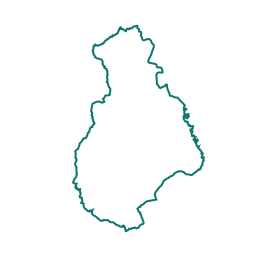 El Tarra, Norte de Santander, Colombia (orthographic projection), rotated 346°
{"feature_id": "7082276B68903742800707", "entity_name": "El Tarra", "entity_type": "district", "adm_level": 2, "iso_a3": "COL", "parent_name": "Colombia", "parent_adm1": "Norte de Santander", "projection": "orthographic", "projection_center": [-72.995, 8.694], "detail": "fine", "context": "isolated", "style": "outline", "palette": "teal", "viewbox_px": 256, "rotation_deg": 346, "n_neighbors": 0, "source": "geoboundaries", "source_scale": "gbopen_adm2", "svg_char_len": 5847}
<svg xmlns="http://www.w3.org/2000/svg" viewBox="0 0 256 256"><g transform="rotate(346 128 128)"><path d="M138.2,204.3L137.7,199.5L139.1,197.0L144.6,192.7L146.4,191.9L148.9,189.4L149.3,188.5L150.1,187.8L151.7,187.3L152.5,186.8L155.0,186.3L157.3,185.2L160.2,184.9L162.1,183.3L162.9,182.9L167.1,182.3L169.4,183.0L171.0,183.9L171.4,184.6L171.9,184.8L172.4,186.0L173.3,187.0L176.0,187.8L176.5,188.3L178.4,189.2L180.6,188.0L185.1,186.3L186.4,185.3L186.8,185.6L187.7,185.7L188.4,184.7L188.9,184.6L189.2,183.7L190.2,182.6L191.2,182.0L191.3,181.0L192.0,179.9L192.1,179.0L192.6,178.4L193.4,178.3L193.7,177.5L193.6,176.6L194.5,174.9L194.4,174.8L193.8,175.0L193.5,174.5L193.1,174.9L192.6,174.9L192.3,174.2L193.0,173.5L193.2,172.9L194.4,170.8L194.1,170.6L193.4,170.9L193.0,170.7L193.6,169.4L193.4,168.1L192.5,166.9L192.5,165.7L191.3,164.5L191.4,163.9L192.2,163.0L191.1,163.2L190.3,161.6L190.4,160.3L190.1,159.4L190.7,158.7L189.7,158.1L189.8,157.8L191.0,157.3L192.6,157.2L192.7,156.6L192.5,156.0L191.6,156.3L190.3,155.3L189.3,155.9L188.9,155.7L188.8,154.9L190.2,154.8L190.6,154.0L191.4,153.5L191.4,153.2L190.3,152.9L190.3,151.6L190.0,151.0L188.5,151.5L188.2,151.3L188.4,148.5L189.6,147.4L189.9,146.8L189.6,146.5L188.6,147.0L188.2,146.9L188.0,144.8L188.1,144.6L190.2,144.5L190.8,143.9L191.0,142.8L191.6,142.0L191.0,141.7L190.1,141.9L189.3,141.6L188.7,140.2L187.8,140.7L187.0,137.9L187.5,136.6L186.4,135.8L185.3,135.7L184.2,132.8L184.5,130.7L185.1,130.0L186.0,130.4L186.4,132.0L187.8,132.9L189.8,131.5L189.2,130.8L189.7,130.4L190.0,129.4L189.6,128.9L189.1,128.8L188.7,129.1L189.0,129.9L188.5,130.4L186.0,129.5L185.8,129.1L186.6,128.1L186.6,127.5L186.2,126.8L186.9,125.2L186.4,124.1L186.6,123.9L188.8,124.2L189.3,123.8L189.0,123.3L187.7,123.1L187.0,122.5L187.1,121.7L188.6,120.0L188.5,119.5L184.3,112.2L183.6,110.6L181.0,109.7L179.1,108.1L176.4,106.6L176.5,104.8L175.8,99.9L175.8,98.0L176.2,95.6L176.1,95.2L175.7,95.0L174.9,95.1L173.7,96.4L171.4,96.5L169.2,97.1L168.3,96.4L167.4,93.6L166.7,92.5L168.0,85.8L168.1,84.3L168.5,83.2L169.3,82.1L170.5,81.5L171.3,81.5L173.9,82.4L175.0,82.4L175.2,80.9L175.1,78.7L174.7,77.6L174.1,77.1L170.9,76.2L170.8,73.4L170.2,72.6L164.4,69.8L163.8,69.2L163.6,68.5L165.0,66.1L168.6,62.1L169.0,61.0L172.5,55.9L173.1,53.6L171.7,51.4L171.5,49.0L170.6,47.3L169.7,46.7L168.4,46.4L164.8,46.8L164.1,46.5L163.6,46.0L163.3,45.2L163.3,42.9L162.9,41.4L163.1,40.6L163.7,40.0L164.0,38.7L163.6,37.8L162.0,37.0L162.1,36.3L162.7,35.2L162.6,34.7L161.3,33.5L161.8,31.5L161.7,31.1L160.7,30.9L160.0,31.3L158.9,30.8L157.2,31.3L155.8,32.2L154.2,31.7L153.5,32.3L152.8,32.5L152.0,32.1L151.9,31.6L151.3,31.5L150.3,31.9L149.5,33.5L148.3,32.6L146.9,30.6L145.9,30.6L145.3,30.2L145.2,29.4L145.5,28.8L145.0,28.5L144.5,28.8L143.4,29.9L143.2,30.7L141.9,31.9L141.3,33.0L140.3,33.8L139.1,33.9L137.7,34.7L137.1,34.7L136.5,35.0L135.5,34.3L134.3,35.8L133.4,35.3L132.3,35.4L131.7,36.3L130.7,36.5L129.6,37.0L128.9,37.0L128.6,37.4L128.0,37.4L126.2,38.4L125.7,39.2L124.8,39.5L124.3,40.1L123.0,40.0L122.3,40.5L119.5,40.6L118.8,40.9L117.6,40.3L116.5,39.2L116.0,40.1L114.9,39.8L114.2,40.7L113.9,41.5L114.0,42.0L113.3,43.1L113.3,43.7L112.6,44.2L112.7,44.7L112.4,44.9L112.6,45.7L112.4,46.3L112.6,46.6L112.4,47.9L112.9,48.7L112.8,49.3L113.2,50.2L113.1,51.2L113.9,51.8L114.4,52.8L116.9,53.9L117.5,54.6L118.5,54.8L118.8,55.1L119.4,56.8L119.3,58.9L118.8,59.5L118.9,60.9L120.4,62.9L119.8,63.2L119.5,63.6L120.6,65.0L121.5,65.7L121.4,67.3L121.8,67.8L121.3,69.1L121.3,71.3L121.1,71.6L120.4,71.9L120.2,73.3L119.8,74.1L120.0,75.3L119.7,76.8L118.5,78.2L119.2,79.1L119.1,81.4L119.4,83.3L120.3,85.8L119.5,88.5L118.5,90.1L118.5,91.2L117.9,91.6L116.0,91.5L114.3,91.0L113.8,91.2L112.0,93.2L110.9,93.5L111.0,95.1L111.4,96.8L110.8,97.1L108.4,97.0L106.9,95.5L104.9,95.0L102.9,95.0L101.5,95.5L99.8,95.7L99.4,96.0L97.3,100.2L96.9,101.8L96.3,102.3L96.5,103.7L96.9,104.4L96.8,105.5L96.0,106.2L96.2,106.7L95.9,107.2L96.3,107.7L96.2,108.1L96.4,108.6L96.2,109.2L95.7,109.5L96.0,110.0L96.2,111.0L95.9,111.5L96.0,112.1L95.8,112.7L96.5,114.0L96.2,114.5L96.6,115.6L95.4,116.0L94.5,117.1L93.9,117.4L93.6,118.4L92.3,118.3L91.5,118.7L90.3,120.4L89.4,122.5L87.6,123.2L87.3,124.4L85.8,126.2L85.7,126.8L84.0,127.7L83.5,127.4L82.6,127.5L81.5,127.9L80.9,128.9L79.3,130.2L77.5,131.2L76.4,133.5L75.6,134.3L74.6,136.2L72.9,136.6L72.0,137.3L71.3,137.6L71.0,138.3L71.2,140.3L70.2,142.6L70.3,143.8L69.7,144.4L69.8,144.9L70.5,145.8L70.4,146.9L69.1,148.1L68.0,150.0L68.1,152.5L68.5,153.7L67.8,155.8L67.6,157.9L67.3,158.6L67.3,160.4L66.1,162.2L66.0,162.9L63.4,164.8L61.5,167.6L62.1,168.5L62.9,168.8L63.5,169.5L64.5,169.7L63.3,170.9L63.7,172.1L62.6,172.7L63.1,174.5L63.3,174.6L64.2,174.3L64.4,175.2L64.9,175.3L64.7,175.9L65.1,176.3L65.6,176.3L66.3,175.8L66.8,175.9L66.0,178.1L65.9,178.8L66.2,179.2L66.0,180.9L65.3,181.8L64.7,182.1L64.5,182.8L64.7,183.8L65.3,183.9L66.4,184.5L65.9,185.8L66.3,186.7L65.9,188.3L65.6,188.6L64.8,188.8L64.5,189.3L65.3,189.4L65.8,190.1L66.7,190.7L66.1,192.3L66.0,193.7L66.7,195.9L67.9,196.9L68.5,198.5L70.2,199.6L70.2,199.3L70.7,199.2L71.0,198.8L71.8,199.4L72.7,199.5L73.2,199.1L73.7,199.0L73.0,199.8L72.9,200.7L72.6,201.2L72.4,202.9L73.6,204.6L74.6,205.3L75.6,206.6L79.1,211.4L81.2,211.8L82.1,211.3L82.6,211.4L83.7,212.1L86.2,212.4L87.2,214.1L88.6,215.4L90.1,215.6L90.9,216.1L92.6,218.1L92.8,218.9L94.6,219.8L95.0,220.5L95.6,220.6L96.1,221.4L97.7,222.3L98.5,222.2L99.0,222.5L99.5,221.6L100.2,221.6L100.6,222.2L100.5,222.7L101.0,224.1L100.8,225.8L101.1,226.7L100.9,227.5L101.7,227.5L102.1,227.1L103.0,227.3L104.7,226.0L106.6,226.7L107.9,226.1L109.2,226.5L110.2,226.0L111.9,227.4L113.1,227.5L114.3,227.1L114.9,226.2L117.0,224.9L119.5,224.7L120.4,223.5L119.9,220.8L120.1,219.5L119.6,218.3L119.6,215.3L118.9,214.3L119.4,213.0L118.0,211.5L117.9,209.4L117.6,208.7L119.4,207.5L121.1,207.4L121.4,206.4L121.9,206.1L123.2,206.1L128.4,203.7L138.2,204.3Z" fill="none" stroke="#0f766e" stroke-width="2"/></g></svg>